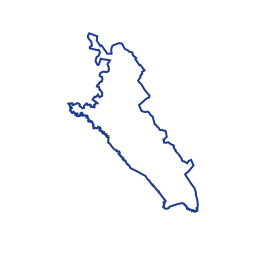 outline of Itas/Gadau, Bauchi, Nigeria, rotated 249°
{"feature_id": "59680162B90895100901083", "entity_name": "Itas/Gadau", "entity_type": "district", "adm_level": 2, "iso_a3": "NGA", "parent_name": "Nigeria", "parent_adm1": "Bauchi", "projection": "albers", "projection_center": [9.915, 11.886], "detail": "fine", "context": "isolated", "style": "outline", "palette": "blue", "viewbox_px": 256, "rotation_deg": 249, "n_neighbors": 0, "source": "geoboundaries", "source_scale": "gbopen_adm2", "svg_char_len": 5853}
<svg xmlns="http://www.w3.org/2000/svg" viewBox="0 0 256 256"><g transform="rotate(249 128 128)"><path d="M36.5,167.0L41.4,167.4L43.2,168.2L45.9,168.5L48.0,168.5L53.4,167.0L64.1,164.7L65.3,167.0L65.2,167.8L69.5,175.7L75.6,175.5L75.5,172.9L73.9,170.6L76.7,168.4L77.3,167.2L79.0,166.7L80.0,167.2L83.7,166.1L84.3,166.3L86.8,165.2L89.7,164.1L90.1,164.6L91.7,164.0L93.6,163.7L94.6,164.5L95.7,164.3L95.9,163.7L98.2,161.8L100.3,160.4L100.4,158.8L101.4,156.5L104.4,156.9L104.1,157.6L104.4,157.8L105.2,159.4L105.8,161.0L110.8,162.0L112.1,161.9L112.5,160.5L114.2,158.8L114.4,157.7L115.3,156.8L117.4,156.6L118.5,155.8L120.6,155.3L121.8,154.3L129.9,155.1L130.1,154.8L132.9,153.4L135.1,153.1L136.3,152.1L136.7,149.8L138.8,146.8L145.5,146.5L147.4,152.2L148.2,153.9L148.9,156.4L149.0,157.9L148.9,158.6L150.4,159.7L157.7,157.2L161.5,156.6L164.3,156.0L167.2,154.6L168.6,154.4L171.1,157.9L172.4,158.2L173.4,160.6L175.3,161.1L175.9,164.1L182.5,162.1L182.5,161.2L189.8,159.5L190.5,160.8L194.0,158.6L196.1,159.1L197.2,158.9L199.0,156.4L200.8,155.6L202.8,153.4L208.9,152.6L210.0,150.9L210.5,149.9L210.4,143.1L208.5,141.2L205.6,139.8L204.4,139.7L203.2,139.2L204.9,135.3L214.6,132.9L214.4,131.5L221.1,130.2L224.6,132.2L230.3,125.8L228.8,124.0L226.9,123.0L222.5,124.3L222.0,124.7L217.9,123.9L217.1,121.2L216.0,121.0L211.9,127.0L211.4,128.7L208.6,128.9L205.7,126.2L205.5,124.2L204.6,123.4L202.1,121.7L198.1,122.1L197.5,122.6L197.7,123.6L202.5,127.4L201.4,128.7L201.1,129.5L197.6,135.4L194.8,131.6L191.6,131.8L189.4,131.2L188.2,130.3L187.7,128.5L189.6,124.9L189.1,121.8L187.0,120.2L186.2,120.5L185.0,122.0L184.7,121.7L183.5,121.9L182.8,121.6L180.7,120.0L181.0,119.5L180.7,117.6L179.4,116.5L179.1,114.8L177.9,113.8L176.6,115.6L173.8,115.1L173.6,115.7L171.7,116.0L170.2,116.6L169.7,116.4L169.3,116.0L167.3,115.5L166.9,112.4L170.0,111.9L168.7,110.0L168.4,108.7L169.2,108.0L167.1,105.1L162.9,108.1L162.2,108.3L162.8,107.0L162.7,106.5L161.6,106.0L161.6,104.5L160.8,104.1L159.5,104.3L159.4,103.9L159.7,103.2L160.3,102.9L160.9,101.1L161.3,100.8L161.8,100.7L162.3,101.5L162.7,101.5L163.4,101.1L163.8,100.2L163.9,98.7L164.1,98.4L165.6,98.4L165.8,97.9L164.4,94.8L162.5,94.3L162.4,93.8L162.7,92.8L163.1,92.2L164.5,91.8L165.7,90.7L166.2,90.8L166.9,91.4L167.7,91.3L169.2,90.0L169.1,84.8L169.6,84.5L171.0,84.9L171.3,84.5L171.2,83.5L171.7,82.7L172.1,81.1L169.7,81.8L168.7,81.4L168.3,81.8L168.3,82.2L167.6,82.7L166.8,82.7L166.9,81.4L166.0,81.3L165.6,80.4L165.2,80.3L165.2,80.8L163.4,80.8L162.0,81.1L161.7,81.6L161.8,82.6L162.0,82.9L162.6,82.6L162.8,82.8L162.6,83.1L161.8,83.4L161.4,83.3L161.2,83.8L160.6,83.9L159.2,83.5L159.1,83.8L159.8,84.3L159.9,85.8L159.7,86.0L158.1,85.2L158.1,84.4L157.5,84.6L157.5,85.0L157.1,85.3L156.9,85.7L157.1,86.3L156.9,86.7L156.5,87.0L156.7,87.9L157.3,87.6L157.7,88.4L158.7,88.9L158.8,89.5L159.0,89.8L159.0,90.1L158.6,90.6L158.0,90.6L157.9,90.4L156.9,90.3L156.8,90.0L156.2,89.8L155.7,90.0L155.7,90.5L156.3,90.9L156.3,91.2L155.7,91.2L154.9,92.6L154.4,92.8L154.3,93.0L154.7,93.1L154.6,93.5L154.5,93.9L154.1,94.1L154.0,94.5L151.6,94.1L151.7,93.6L151.0,94.2L150.2,94.5L149.7,94.0L149.4,94.0L149.0,93.3L148.4,93.3L148.1,93.6L147.8,94.2L148.5,95.0L148.1,95.7L146.9,95.7L146.8,96.0L147.3,96.3L147.1,96.6L146.7,96.7L145.8,96.5L145.1,97.0L144.0,96.9L143.7,96.6L143.2,96.8L142.9,96.4L142.5,96.6L142.1,96.4L141.9,96.0L140.9,96.2L140.5,96.1L140.3,95.7L140.0,95.6L139.8,95.9L139.8,96.7L140.1,97.3L139.6,98.1L139.0,98.5L138.9,98.8L138.9,99.6L139.7,100.3L139.4,100.5L139.3,101.3L139.1,101.6L138.5,101.4L138.2,102.1L137.6,102.2L137.2,101.0L136.7,100.8L135.9,101.4L136.1,100.9L136.0,100.6L135.8,100.6L135.5,101.1L135.6,101.5L135.4,102.1L135.0,102.1L134.8,101.8L134.0,102.2L133.5,102.2L133.7,103.0L133.2,103.2L133.2,102.9L132.9,102.7L132.3,102.8L132.5,103.1L132.1,103.6L132.9,103.9L132.8,104.2L132.0,104.2L131.9,103.8L131.4,103.6L130.7,103.8L130.3,104.1L130.3,104.6L129.8,104.7L129.8,105.6L129.1,105.4L128.5,105.5L128.3,105.7L128.4,104.8L127.9,104.8L127.8,105.1L127.5,104.9L127.1,105.2L126.7,106.0L125.9,106.1L125.8,106.4L124.3,105.4L122.5,105.0L122.0,104.3L120.9,104.5L120.6,104.9L119.8,105.4L116.1,106.3L115.1,106.9L114.2,107.0L113.0,107.5L111.2,109.4L110.5,109.0L109.8,109.6L109.5,111.1L109.2,111.4L107.9,111.5L107.4,111.2L107.2,111.0L107.2,110.6L107.4,110.4L107.2,109.9L105.3,110.6L105.3,111.0L105.0,111.2L103.7,111.3L103.7,111.6L102.9,111.6L102.7,112.1L102.4,112.3L102.2,112.0L101.2,112.0L101.0,112.6L100.5,112.0L100.2,112.4L99.3,112.5L99.2,113.0L98.6,113.3L98.5,114.0L97.1,113.9L96.9,114.0L96.6,113.9L95.0,114.1L94.8,114.4L94.3,114.4L93.8,115.0L93.5,114.9L93.4,115.2L93.1,115.4L90.9,116.0L90.3,115.7L88.8,116.6L86.5,119.0L77.0,127.1L72.9,127.9L71.1,129.1L70.5,129.2L70.0,129.0L69.0,129.6L66.7,130.0L66.5,130.5L65.9,130.5L65.9,130.9L64.8,130.9L64.7,131.3L64.3,131.5L63.7,131.4L62.1,132.1L60.1,132.6L60.0,132.8L58.5,133.4L57.9,133.9L57.5,133.5L57.0,133.5L56.9,133.7L56.6,133.7L56.5,134.2L54.6,134.5L53.1,135.0L52.6,135.0L52.3,135.2L51.2,135.4L50.7,135.8L49.2,136.1L46.9,136.9L46.6,136.5L46.2,136.8L46.0,136.6L45.8,135.9L45.5,135.7L45.8,134.8L45.3,134.7L45.2,134.4L44.6,134.7L44.3,134.5L43.9,134.7L43.6,134.6L43.5,134.1L43.1,134.0L42.8,133.5L42.1,133.4L42.2,133.1L41.7,132.5L40.1,133.3L38.8,134.6L38.7,137.6L39.7,138.6L39.3,144.1L39.3,145.9L38.6,151.1L37.7,153.0L36.8,153.1L36.3,153.3L36.0,153.2L35.7,153.8L35.1,153.8L34.9,154.0L34.5,154.1L34.4,154.5L33.6,154.5L33.4,154.3L32.5,154.6L32.3,154.3L31.9,154.1L31.0,154.3L30.8,154.5L31.4,154.9L31.4,155.3L30.6,155.4L30.7,155.9L29.8,156.4L29.3,156.4L29.5,157.1L28.8,157.9L28.4,158.0L28.0,159.1L27.5,158.9L27.3,158.6L27.2,159.1L27.5,159.3L27.8,159.3L27.6,159.8L27.4,160.0L27.3,159.6L27.1,159.7L26.6,160.7L26.0,160.3L25.7,161.5L25.7,162.5L26.7,162.8L26.7,163.5L27.5,163.5L28.1,164.0L28.4,163.9L28.5,163.6L28.3,163.3L29.1,163.4L29.4,163.5L28.8,163.6L28.7,164.2L30.6,165.5L36.5,167.0Z" fill="none" stroke="#1e3a8a" stroke-width="2"/></g></svg>